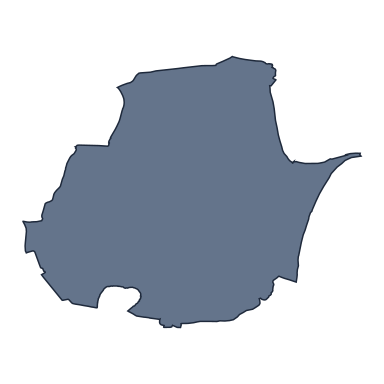 the district of Sulina, Tulcea, Romania
{"feature_id": "2599482B90058353737957", "entity_name": "Sulina", "entity_type": "district", "adm_level": 2, "iso_a3": "ROU", "parent_name": "Romania", "parent_adm1": "Tulcea", "projection": "equal_earth", "projection_center": [29.526, 45.139], "detail": "fine", "context": "isolated", "style": "filled", "palette": "slate", "viewbox_px": 384, "rotation_deg": 0, "n_neighbors": 0, "source": "geoboundaries", "source_scale": "gbopen_adm2", "svg_char_len": 5775}
<svg xmlns="http://www.w3.org/2000/svg" viewBox="0 0 384 384"><path d="M144.3,317.2L144.9,317.2L148.9,317.7L149.6,318.0L159.2,319.3L159.6,319.3L160.0,319.1L159.8,319.8L159.7,319.9L159.6,320.7L159.6,322.6L160.0,323.7L161.2,324.8L164.1,325.5L163.9,326.0L163.7,326.8L163.7,327.2L164.0,327.4L170.1,327.3L171.0,327.1L171.7,326.9L172.5,325.3L177.2,327.4L180.5,327.5L180.8,326.7L180.8,326.0L181.2,325.1L181.0,323.7L181.6,323.5L187.8,323.4L193.7,322.7L197.2,321.9L200.2,321.4L210.7,321.4L216.6,321.5L217.4,321.4L220.0,320.8L221.9,320.9L224.9,321.0L228.0,320.7L229.4,320.6L233.4,319.7L237.4,316.9L239.5,314.5L243.4,312.4L246.4,310.5L252.7,309.2L255.6,307.4L258.9,305.2L259.6,304.2L260.0,303.1L259.8,301.1L259.5,299.4L259.2,298.7L260.6,298.2L262.0,299.4L263.9,299.9L264.9,299.9L265.8,299.7L266.9,298.8L268.0,297.7L268.7,297.0L268.9,296.0L270.5,295.1L271.2,294.2L271.2,292.6L272.3,291.8L272.8,290.7L272.7,289.6L272.9,288.5L272.8,287.8L273.1,287.1L273.1,286.4L273.8,284.8L273.5,283.5L272.8,282.2L272.9,281.4L273.3,280.4L277.0,277.8L278.3,276.6L278.9,276.2L281.6,277.3L284.6,278.4L289.4,279.8L296.2,282.1L296.9,277.6L297.2,274.8L297.1,272.9L297.4,269.5L298.4,265.8L298.0,260.1L298.3,256.6L298.7,255.5L301.3,242.5L303.2,234.9L305.1,230.1L306.6,225.2L308.6,219.3L309.0,216.7L310.5,212.6L311.8,211.4L312.3,209.7L315.9,201.3L319.4,193.9L323.6,186.5L329.1,177.8L331.2,173.6L337.2,167.0L341.7,163.6L345.0,160.5L348.1,159.0L351.5,157.5L354.4,157.1L361.0,156.1L359.8,154.6L360.2,153.3L355.7,153.2L350.4,153.6L347.7,154.2L346.2,154.6L347.0,155.1L332.0,159.1L330.2,158.9L324.6,162.1L319.2,163.2L317.7,163.4L305.1,163.5L299.0,162.4L296.3,161.6L293.7,161.9L293.9,161.4L293.1,162.0L293.0,162.9L292.6,163.1L291.6,162.0L290.3,161.2L289.2,160.1L288.0,158.6L286.9,156.6L284.1,153.5L282.6,150.4L281.7,146.7L279.9,140.9L278.3,134.9L277.1,127.9L275.5,120.5L274.2,108.8L273.0,101.9L270.2,92.2L270.0,88.1L269.7,85.7L271.1,85.8L275.9,79.9L275.2,79.4L273.6,78.8L273.0,78.3L273.0,78.1L273.8,76.8L274.1,76.5L275.3,75.9L275.5,75.6L275.5,74.8L275.4,74.3L275.5,72.1L275.7,71.1L275.8,70.4L275.7,70.0L275.2,69.1L274.7,68.8L273.7,68.4L273.4,67.9L272.8,67.7L272.5,67.7L272.0,67.4L272.2,67.2L272.5,65.7L272.3,65.5L272.5,65.4L272.4,64.9L272.2,64.4L271.7,64.2L270.9,63.9L270.6,63.9L270.0,64.0L269.7,63.8L268.8,63.7L268.0,63.9L267.4,64.0L265.9,63.6L265.5,63.4L265.1,62.7L264.8,62.5L263.9,62.2L263.3,61.8L261.3,61.2L260.5,61.2L260.4,61.1L255.8,60.9L251.1,60.3L245.1,59.5L239.6,58.5L236.4,57.7L232.9,56.8L232.6,56.7L232.3,56.5L230.1,58.0L222.7,61.4L216.8,63.9L216.3,64.3L216.1,64.7L215.9,65.0L215.8,65.4L212.3,65.6L206.5,65.6L201.8,65.7L183.4,67.8L178.0,68.5L169.9,69.4L156.0,70.9L150.4,72.2L140.5,72.9L138.9,73.2L136.6,75.2L135.9,76.1L133.6,79.9L133.2,80.5L132.4,81.3L131.6,81.8L130.4,82.6L127.2,83.4L122.3,85.2L119.6,86.4L117.4,87.5L118.1,88.0L119.1,89.2L120.7,91.6L122.7,95.6L123.2,97.0L123.5,97.8L123.9,99.2L124.2,102.3L124.1,103.9L124.0,104.7L123.9,105.4L123.4,107.3L122.6,109.0L122.5,109.7L122.2,110.4L122.0,111.1L120.1,118.4L119.2,121.3L116.9,126.2L115.3,129.3L111.3,136.1L110.5,137.6L110.6,137.8L110.8,138.0L110.7,138.5L110.2,138.8L109.1,140.9L108.9,141.5L108.8,142.2L108.8,142.7L108.9,142.8L109.3,142.9L109.3,143.1L108.8,143.3L109.0,143.7L108.6,145.5L107.7,146.2L98.9,145.6L78.9,145.1L77.2,145.3L75.8,146.7L75.4,146.8L75.9,147.2L76.1,147.6L76.0,148.0L75.6,148.2L76.2,149.1L76.3,149.6L76.0,150.5L74.2,153.5L73.7,154.0L71.9,155.3L70.8,156.4L69.8,157.9L68.3,160.8L66.9,163.6L66.3,166.0L65.6,168.1L65.6,168.7L65.5,169.7L65.0,170.8L63.8,175.9L62.4,179.1L60.4,186.2L59.6,187.3L56.6,190.3L54.8,192.5L53.9,194.2L53.1,197.6L52.5,199.7L51.7,200.6L49.4,201.8L47.8,202.2L46.2,202.9L45.2,203.7L43.2,210.9L42.5,213.1L41.9,215.0L41.8,216.2L42.0,217.3L42.6,218.4L42.6,218.9L42.2,219.8L41.8,220.2L41.7,220.7L38.8,221.3L36.8,221.7L31.8,221.9L30.6,222.1L29.5,222.2L26.8,222.0L24.9,221.6L23.1,221.3L23.0,221.5L24.7,224.7L25.9,227.6L26.2,228.5L26.3,230.3L26.4,231.6L25.3,243.1L25.1,246.0L25.4,250.9L25.6,251.4L26.0,252.1L26.3,252.9L26.7,252.8L27.0,252.6L27.8,252.3L32.4,251.0L33.1,250.9L34.0,251.2L34.7,251.8L35.0,252.4L39.4,264.5L40.6,267.6L40.8,267.8L42.7,268.5L43.8,271.2L44.0,271.3L44.8,271.5L45.2,272.3L45.2,272.5L43.6,273.5L41.5,274.7L43.6,277.5L45.9,280.3L62.1,300.2L62.8,300.3L67.8,299.3L68.2,299.3L69.0,299.8L71.4,302.5L72.3,303.3L73.1,303.6L75.3,304.1L79.3,304.7L84.1,305.6L88.4,306.3L91.6,307.0L93.2,307.2L95.7,307.7L96.5,307.8L96.9,307.8L97.2,307.6L97.2,307.1L97.3,306.7L97.2,306.5L97.4,306.0L97.3,305.7L97.5,303.3L97.6,303.1L97.5,302.8L97.7,302.6L97.7,302.3L97.6,302.0L97.8,301.6L98.0,300.4L98.2,299.9L98.3,298.7L98.5,298.3L98.7,298.2L98.9,297.6L99.1,297.2L99.2,296.9L99.3,296.8L99.3,296.6L99.5,296.5L99.7,295.7L99.7,295.3L99.8,295.0L100.0,294.9L100.0,294.7L100.4,294.0L101.4,292.6L101.5,292.4L102.1,291.8L102.5,291.2L103.3,290.2L103.6,289.3L103.9,289.1L104.6,288.3L105.1,288.0L105.4,287.6L105.9,287.4L106.3,286.9L107.5,286.5L108.3,286.6L108.7,286.4L108.9,286.4L109.1,286.5L109.7,286.5L110.7,286.1L111.4,286.1L111.7,286.0L112.0,286.0L112.6,286.2L113.3,285.9L113.5,286.0L115.5,286.0L116.9,286.0L117.7,286.2L117.9,286.1L118.1,286.3L119.3,286.3L121.4,286.7L121.5,286.8L121.9,286.8L122.5,286.8L123.0,286.9L123.8,287.6L125.1,288.2L125.8,288.2L126.1,288.0L126.8,287.9L127.7,288.1L128.0,288.0L128.3,287.7L129.8,287.4L132.4,287.3L133.0,287.4L133.4,287.7L134.3,287.8L134.8,288.0L137.6,289.3L138.8,290.7L139.1,291.3L140.2,292.6L140.7,293.7L140.8,295.7L140.5,296.0L141.0,296.4L140.6,298.3L140.3,298.4L140.2,299.2L139.7,299.5L139.4,299.9L139.5,300.8L138.9,301.4L138.6,301.3L138.4,301.6L137.6,303.1L136.1,303.9L135.4,304.8L134.6,305.9L133.3,306.2L132.5,307.1L130.7,308.5L127.8,311.0L129.3,311.9L130.0,312.1L130.4,312.5L130.8,312.6L133.3,314.0L135.3,315.3L136.6,316.0L144.3,317.2Z" fill="#64748b" stroke="#1e293b" stroke-width="1.5"/></svg>